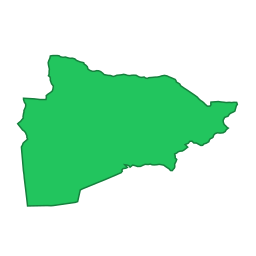 Santana do Acaraú, Ceará, Brazil (Equal Earth projection), rotated 268°
{"feature_id": "56859067B27753760045626", "entity_name": "Santana do Acaraú", "entity_type": "district", "adm_level": 2, "iso_a3": "BRA", "parent_name": "Brazil", "parent_adm1": "Ceará", "projection": "equal_earth", "projection_center": [-40.133, -3.498], "detail": "fine", "context": "isolated", "style": "filled", "palette": "green", "viewbox_px": 256, "rotation_deg": 268, "n_neighbors": 0, "source": "geoboundaries", "source_scale": "gbopen_adm2", "svg_char_len": 3090}
<svg xmlns="http://www.w3.org/2000/svg" viewBox="0 0 256 256"><g transform="rotate(268 128 128)"><path d="M202.7,52.9L200.5,52.4L199.1,51.7L197.8,51.1L196.1,50.5L193.9,50.7L191.7,51.1L189.6,51.5L187.9,51.2L186.3,51.1L184.4,51.0L183.0,50.3L182.0,51.6L180.7,52.1L178.6,52.0L176.9,52.5L174.8,53.2L172.7,54.8L170.9,54.6L169.4,54.3L167.6,53.6L166.2,51.8L164.7,49.3L163.2,47.4L161.5,47.5L159.3,47.0L159.5,41.2L160.4,35.3L161.4,24.6L160.0,24.6L158.7,25.0L157.0,25.5L155.9,26.4L154.5,26.6L152.5,26.3L150.3,25.2L149.0,24.6L147.6,24.6L146.2,24.1L144.6,23.8L143.1,23.5L141.5,23.6L140.1,22.3L138.4,20.9L137.2,19.2L136.1,17.9L129.7,22.6L128.7,24.0L127.0,25.4L125.1,26.1L123.8,26.7L122.1,26.6L120.4,27.3L119.1,25.8L117.7,24.0L116.4,22.6L114.7,22.0L112.8,20.8L89.1,22.0L85.5,22.4L81.6,22.6L71.2,23.5L67.6,23.8L60.3,24.4L53.6,24.9L53.3,44.6L53.0,48.3L53.1,50.5L55.5,72.8L56.2,75.1L67.7,78.1L68.9,80.6L73.9,94.1L77.2,103.2L83.6,119.6L85.1,120.8L86.2,120.3L87.6,121.7L87.9,124.4L88.6,126.0L90.0,124.7L91.4,123.5L91.0,125.9L90.2,127.7L88.8,128.7L90.8,131.4L90.3,133.2L89.8,134.7L89.2,136.2L89.2,139.2L90.3,141.7L91.1,143.9L90.8,146.9L91.2,149.0L90.4,150.8L90.2,152.8L90.3,155.7L90.6,157.9L90.2,160.0L89.6,162.5L88.5,163.8L87.4,165.3L85.7,167.7L84.0,169.0L83.9,170.8L85.3,171.9L86.3,172.9L87.5,173.4L90.4,173.4L92.6,174.7L94.9,175.6L96.4,174.1L98.2,174.2L100.4,173.7L101.3,175.8L102.4,177.2L103.0,179.0L103.1,181.4L104.2,183.5L105.7,185.5L106.8,187.0L109.4,184.5L110.7,187.8L112.5,189.2L112.6,191.5L110.7,193.3L110.6,195.8L109.4,197.8L108.0,200.2L108.1,202.0L109.4,203.3L110.1,205.7L111.5,208.3L113.2,208.9L114.5,210.0L115.0,211.5L115.9,212.7L117.9,213.4L119.4,215.0L120.1,217.2L119.7,219.8L119.9,222.9L121.1,225.0L122.8,226.1L124.4,228.2L125.2,227.0L126.6,225.8L128.2,224.2L130.7,223.4L132.5,223.4L133.7,224.1L135.2,224.9L135.8,226.6L136.2,228.3L138.2,229.7L139.1,230.9L140.4,234.0L141.2,235.4L142.8,235.9L144.7,236.5L146.3,237.0L147.8,238.1L149.8,237.5L150.0,234.7L149.8,232.5L150.1,230.1L150.0,227.0L150.4,224.8L150.8,221.7L151.3,219.2L151.2,217.4L151.1,214.5L151.0,211.8L149.6,211.6L148.2,211.7L147.0,210.7L147.0,208.1L149.5,205.5L150.6,204.6L151.9,203.1L152.7,201.9L153.8,200.6L155.2,199.3L156.4,198.4L158.8,195.3L162.3,190.5L164.2,187.9L165.7,185.7L166.6,184.5L168.4,182.1L170.2,181.2L171.4,179.4L172.3,177.9L173.7,177.6L174.9,176.8L176.0,174.5L176.8,172.8L177.7,170.7L178.7,168.8L179.3,166.3L178.9,163.5L178.2,161.2L177.9,159.0L177.9,156.8L177.7,153.6L177.6,150.8L176.9,149.0L177.3,147.3L178.4,145.9L178.1,143.5L178.4,141.5L179.3,139.7L180.4,138.0L180.6,135.7L180.6,133.7L180.3,131.5L180.6,129.3L181.4,127.2L181.8,125.4L181.4,123.4L181.2,120.7L181.1,118.6L180.4,116.9L180.0,115.0L181.1,112.3L181.3,109.9L181.8,107.7L182.2,106.0L183.5,104.8L185.3,102.7L186.2,100.7L186.4,98.6L185.9,96.7L185.9,94.4L187.0,91.7L188.4,90.0L190.6,89.5L192.2,88.1L193.3,86.5L194.8,86.0L195.3,84.2L195.7,82.6L196.4,81.0L197.4,78.8L198.9,77.3L199.7,75.0L199.7,72.4L200.2,70.5L201.1,68.0L200.9,65.5L201.5,63.0L202.6,61.6L202.9,59.7L203.0,57.0L203.0,54.8L202.7,52.9Z" fill="#22c55e" stroke="#15803d" stroke-width="1.5"/></g></svg>